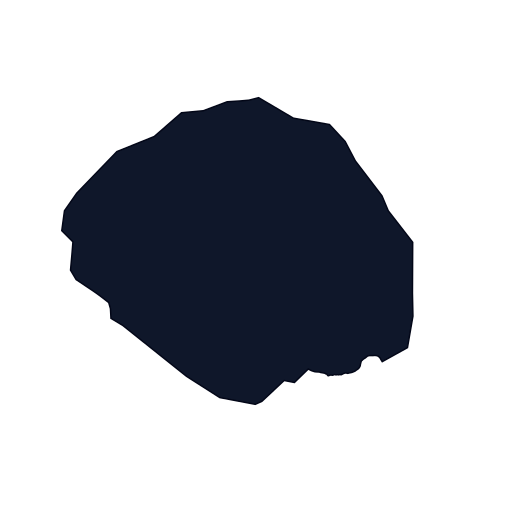 outline of Baruunbayan-Ulaan, Övörhangay, Mongolia, rotated 314°
{"feature_id": "93677404B73529031931422", "entity_name": "Baruunbayan-Ulaan", "entity_type": "district", "adm_level": 2, "iso_a3": "MNG", "parent_name": "Mongolia", "parent_adm1": "Övörhangay", "projection": "mercator", "projection_center": [101.468, 45.195], "detail": "fine", "context": "isolated", "style": "filled", "palette": "ink", "viewbox_px": 512, "rotation_deg": 314, "n_neighbors": 0, "source": "geoboundaries", "source_scale": "gbopen_adm2", "svg_char_len": 1498}
<svg xmlns="http://www.w3.org/2000/svg" viewBox="0 0 512 512"><g transform="rotate(314 256 256)"><path d="M307.3,102.9L271.3,99.8L234.5,83.4L176.8,83.4L155.5,86.8L139.3,98.7L139.0,114.5L128.9,122.8L117.0,132.4L114.1,143.0L117.8,163.5L119.0,171.5L120.2,182.4L117.0,187.9L110.4,195.0L113.5,208.3L121.2,289.7L129.0,328.3L148.8,358.5L155.6,361.2L186.0,362.7L191.7,371.5L211.0,372.1L211.5,373.8L212.0,375.4L212.9,377.3L213.6,378.7L214.9,380.3L216.5,382.1L217.2,383.6L217.8,384.4L218.6,385.6L219.5,387.0L219.6,387.9L220.2,389.0L220.0,390.0L219.9,390.9L220.3,391.4L221.3,391.8L221.9,392.1L222.3,392.5L222.8,393.0L223.2,393.7L224.1,394.3L224.8,394.5L225.4,395.0L225.8,395.7L226.1,396.2L226.8,396.5L227.3,397.1L227.7,397.8L228.5,398.3L229.1,398.9L229.8,399.8L231.3,400.3L232.4,400.7L233.4,401.2L234.3,401.9L235.3,403.5L236.8,404.4L237.6,405.0L238.8,405.8L240.3,406.5L242.0,407.2L243.5,407.4L244.8,407.7L245.7,407.9L246.8,407.9L247.6,407.8L248.3,407.6L249.0,407.4L249.6,407.1L250.3,406.6L251.2,406.0L252.0,405.6L252.9,405.0L253.9,404.7L254.9,404.8L255.9,404.8L257.0,405.0L258.5,405.4L260.3,405.6L261.5,405.7L262.3,406.2L263.1,406.7L264.3,407.9L265.6,409.3L266.8,410.3L267.8,411.5L268.5,412.6L268.8,413.6L268.9,414.4L268.8,416.2L268.2,418.1L267.7,420.2L295.3,428.6L321.7,410.7L338.1,394.2L374.7,359.2L380.4,319.7L386.8,304.8L393.4,261.4L400.3,240.6L401.6,217.5L381.1,187.1L371.7,147.9L363.2,142.7L356.1,136.5L346.9,128.1L323.9,117.2L307.3,102.9Z" fill="#0f172a" stroke="#020617" stroke-width="1.5"/></g></svg>